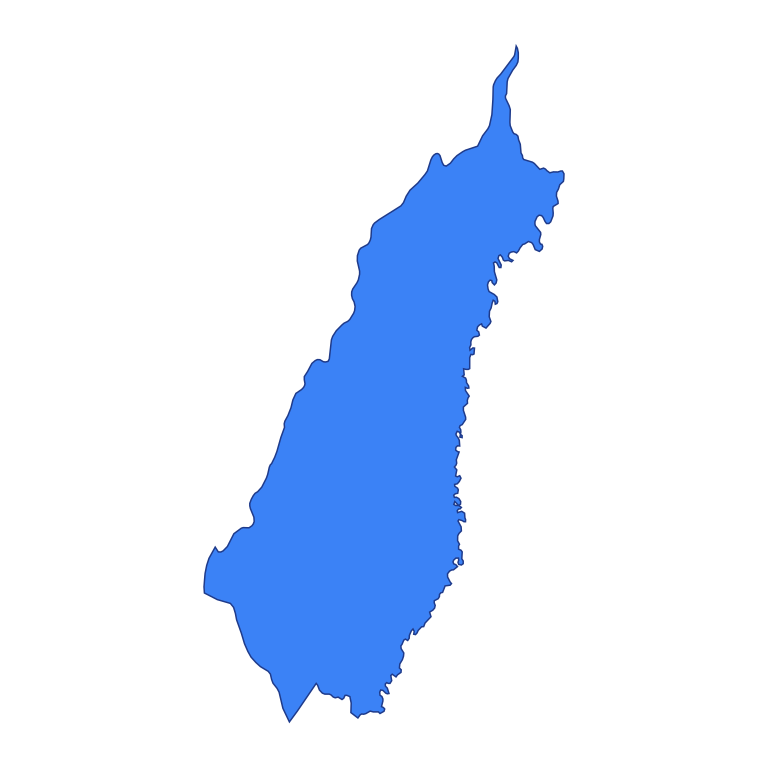 outline of Ipiranga do Norte, Mato Grosso, Brazil
{"feature_id": "56859067B36287964515387", "entity_name": "Ipiranga do Norte", "entity_type": "district", "adm_level": 2, "iso_a3": "BRA", "parent_name": "Brazil", "parent_adm1": "Mato Grosso", "projection": "equal_earth", "projection_center": [-55.972, -11.935], "detail": "fine", "context": "isolated", "style": "filled", "palette": "blue", "viewbox_px": 768, "rotation_deg": 0, "n_neighbors": 0, "source": "geoboundaries", "source_scale": "gbopen_adm2", "svg_char_len": 6102}
<svg xmlns="http://www.w3.org/2000/svg" viewBox="0 0 768 768"><path d="M460.4,434.3L460.9,432.1L460.7,429.7L459.4,427.4L460.1,425.6L462.2,424.6L465.7,419.4L465.6,417.1L463.4,410.4L463.4,407.0L467.5,403.3L467.3,400.4L468.0,398.0L469.2,396.1L465.5,390.6L465.3,387.4L467.4,388.3L468.9,388.0L468.6,385.9L466.5,382.6L466.4,380.2L465.6,378.1L462.4,376.3L464.2,374.9L463.6,368.8L466.0,369.4L468.3,369.4L469.7,368.6L469.7,357.6L470.9,354.4L472.6,354.7L474.0,354.0L474.5,348.1L472.9,347.9L470.0,350.2L469.6,347.5L470.9,344.9L470.8,342.0L471.4,339.7L472.7,337.9L474.4,336.7L477.9,336.3L479.4,335.1L478.7,331.9L476.8,330.2L477.6,326.8L479.4,325.0L481.6,323.9L482.3,326.1L486.0,328.1L490.1,323.4L490.9,321.5L489.2,316.7L489.5,311.2L491.1,308.0L492.2,302.9L493.2,300.2L494.9,301.3L495.3,304.2L497.0,303.5L497.8,301.7L496.9,297.0L494.3,294.5L489.1,291.6L488.1,289.1L487.5,285.0L488.4,281.9L490.1,280.1L491.8,280.6L492.2,282.6L494.4,284.9L496.1,283.0L496.8,279.9L494.4,271.7L494.2,266.1L493.5,262.9L495.1,261.9L496.8,262.9L499.2,267.5L500.9,267.5L501.2,265.0L498.0,258.4L498.9,255.6L500.4,254.9L502.4,257.3L503.3,260.0L504.6,260.9L508.4,260.4L511.6,261.8L513.0,260.4L509.5,258.7L508.2,256.2L509.2,253.2L511.4,252.0L513.9,251.6L516.6,252.9L518.4,251.0L520.1,247.8L522.7,244.5L524.7,243.9L528.4,241.5L531.6,242.6L533.1,244.5L535.2,249.6L539.4,251.4L542.1,249.0L542.7,246.3L541.9,244.3L540.5,244.1L539.4,241.9L539.4,239.5L540.8,234.5L540.6,232.4L535.3,225.7L534.9,223.9L535.0,221.4L537.1,216.8L539.1,215.2L541.6,215.6L543.2,217.5L545.0,221.4L546.5,223.5L548.9,223.5L550.7,221.8L553.0,215.9L553.2,213.1L552.8,208.4L553.2,206.5L558.1,203.5L558.0,201.1L556.4,196.1L556.6,192.4L558.4,189.1L559.8,184.7L563.4,181.4L563.8,178.9L564.0,173.8L562.4,171.0L560.8,171.0L557.8,172.0L553.4,171.9L549.8,172.8L546.8,170.6L545.5,169.1L543.6,168.1L539.8,169.3L534.4,163.5L532.5,162.2L523.7,159.5L522.7,157.9L522.4,155.5L521.0,152.9L520.3,144.3L518.6,139.8L517.9,136.1L516.3,134.5L513.9,133.6L512.7,131.9L510.2,125.6L509.9,122.3L510.3,109.6L509.1,105.7L505.5,98.2L505.4,95.9L506.6,93.6L507.2,81.7L508.0,78.5L512.6,70.3L516.3,65.3L517.9,61.9L518.3,58.0L518.3,52.7L517.4,48.3L516.2,46.1L514.7,54.6L514.0,56.4L500.7,74.1L497.2,77.9L495.5,80.5L493.6,84.8L493.2,86.9L492.9,99.6L491.9,114.6L489.5,125.6L487.9,128.8L482.6,135.8L477.6,146.2L465.5,150.2L462.7,151.7L457.0,155.6L453.7,158.9L450.4,163.2L446.2,166.1L443.7,165.3L442.2,162.5L440.0,155.6L438.7,154.0L437.2,153.5L435.7,153.8L433.8,155.1L432.4,156.8L430.9,159.8L427.4,171.0L424.9,174.6L417.8,183.1L410.0,190.2L406.2,196.2L403.5,202.6L400.9,205.9L379.3,219.5L374.6,223.0L373.2,224.7L371.5,228.6L371.0,237.1L370.3,240.0L369.0,242.8L367.6,244.5L360.7,248.2L359.2,250.1L357.4,255.7L357.3,261.0L359.6,271.1L359.6,274.3L358.3,280.0L356.9,282.9L352.8,288.9L351.7,291.8L351.6,295.2L352.4,298.7L354.1,301.9L355.1,306.5L354.6,310.7L353.6,313.3L349.7,319.6L347.7,321.4L344.0,323.2L341.9,325.0L336.3,330.7L332.7,336.3L331.4,339.9L329.3,359.0L328.0,361.4L325.3,362.0L323.3,361.7L319.9,359.7L317.3,359.6L315.2,360.6L311.9,363.4L307.6,371.5L304.3,376.6L304.3,379.8L305.0,383.7L304.6,385.5L303.6,387.4L301.6,389.5L295.9,393.4L292.9,399.9L291.0,407.7L287.9,415.6L284.9,421.1L284.2,423.8L284.5,427.4L280.9,437.4L276.9,451.5L274.7,457.3L271.6,463.6L270.3,464.9L269.3,467.2L267.7,474.4L266.4,478.1L261.8,487.1L257.7,491.7L255.1,493.3L253.3,495.6L251.3,499.3L249.8,503.3L249.8,505.9L250.4,508.6L253.9,517.2L254.2,521.5L253.2,524.1L251.9,525.8L249.0,527.8L243.2,527.6L241.3,528.2L233.9,533.7L227.4,546.5L223.1,550.9L220.8,552.0L218.3,551.9L215.2,547.1L209.0,558.3L206.7,565.4L205.1,573.4L204.5,580.3L204.0,586.8L204.4,593.0L217.3,599.6L230.4,603.4L233.6,607.4L235.4,613.4L236.6,619.8L241.4,633.3L244.5,643.7L247.9,651.5L251.1,657.2L255.9,662.5L260.4,666.6L268.2,671.3L270.4,674.1L271.6,679.4L273.0,683.2L277.1,688.4L279.1,692.2L282.9,708.3L289.4,721.9L297.4,711.0L316.2,683.4L317.6,685.2L319.4,690.0L322.3,693.1L324.8,694.1L329.3,694.1L331.0,694.9L333.2,697.0L335.2,697.8L338.1,697.1L342.0,699.5L343.7,698.3L345.0,695.4L346.8,695.3L349.9,696.6L351.2,703.1L350.9,712.6L357.9,718.0L360.2,714.8L361.6,714.0L363.7,714.2L365.8,713.6L370.2,711.1L373.2,711.9L378.4,711.9L380.0,713.5L384.0,711.3L384.7,709.0L383.5,707.6L381.5,706.6L382.9,701.0L382.9,698.9L381.9,696.5L380.0,695.2L379.7,692.2L380.7,690.0L382.9,690.4L385.8,693.2L387.4,693.8L389.0,693.5L387.3,688.1L385.4,686.1L385.3,684.0L386.7,682.6L388.2,683.4L390.0,683.4L391.7,680.7L390.8,675.5L392.2,674.2L396.0,676.9L397.5,674.8L401.0,672.4L401.2,669.8L399.4,668.0L399.8,664.0L402.4,659.6L403.5,656.2L403.8,653.0L401.1,648.6L400.9,645.8L402.0,644.4L403.8,640.1L405.4,639.1L407.7,640.5L409.2,638.3L409.4,635.3L411.3,630.9L413.0,629.0L414.2,631.3L413.7,634.2L415.5,634.6L417.0,633.0L418.2,630.4L421.6,626.8L423.7,626.6L425.0,623.1L431.0,616.7L429.6,612.1L432.8,610.2L434.6,608.1L435.2,605.4L434.2,602.8L434.3,600.7L438.2,598.7L439.4,596.6L439.5,594.4L440.8,592.8L442.6,592.4L445.1,585.9L450.1,585.2L451.5,583.6L450.1,581.9L447.6,577.0L447.5,573.8L449.6,571.1L451.6,570.0L453.5,569.8L457.5,566.6L455.9,564.7L453.7,563.8L453.0,561.9L453.7,560.1L455.9,558.1L458.5,558.1L458.7,560.1L458.0,562.3L458.7,564.4L461.4,565.0L463.2,563.7L463.2,561.0L461.8,558.8L462.2,551.9L461.0,550.2L458.6,549.2L458.6,545.9L459.5,544.3L457.6,540.8L457.7,535.8L459.0,533.4L461.4,530.9L461.1,526.8L458.0,521.0L458.9,519.6L462.2,520.6L463.9,521.7L465.5,521.7L465.6,519.6L464.9,517.8L464.6,513.2L461.7,511.3L457.6,512.6L457.2,510.7L458.5,509.0L460.1,508.9L461.4,507.4L458.7,505.5L460.5,504.2L460.7,501.5L458.9,498.6L456.4,497.2L454.4,497.4L453.7,495.2L455.4,493.7L457.7,493.3L458.3,489.9L457.6,488.2L454.8,486.3L454.6,484.4L457.3,483.8L459.3,481.5L461.0,478.2L459.7,475.7L457.3,476.8L455.6,476.0L456.8,469.9L454.4,467.0L456.0,465.1L456.7,463.2L456.3,459.8L459.1,452.0L457.7,451.7L455.7,450.1L455.9,447.4L457.5,445.8L459.7,446.0L459.3,440.3L458.0,437.6L456.5,435.8L455.9,434.0L457.2,431.3L459.3,432.1L460.4,434.3ZM458.7,505.5L455.6,505.5L453.8,504.4L454.8,501.5L458.7,505.5ZM460.4,434.3L459.9,437.1L462.1,437.6L462.1,435.6L460.4,434.3Z" fill="#3b82f6" stroke="#1e3a8a" stroke-width="1.5"/></svg>